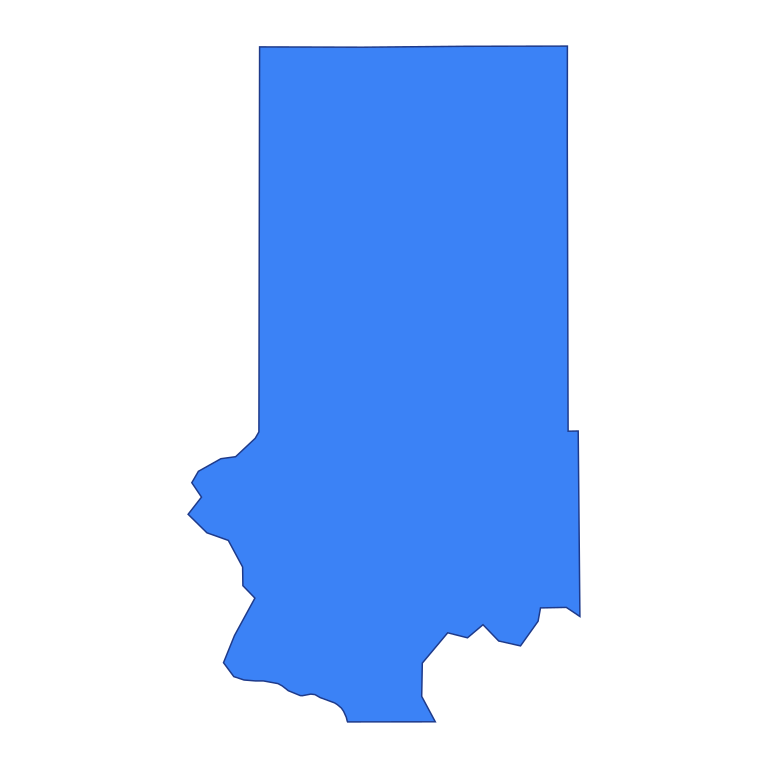 Trempealeau, Wisconsin, United States of America (Equal Earth projection)
{"feature_id": "52423323B76449700751591", "entity_name": "Trempealeau", "entity_type": "district", "adm_level": 2, "iso_a3": "USA", "parent_name": "United States of America", "parent_adm1": "Wisconsin", "projection": "equal_earth", "projection_center": [-91.426, 44.291], "detail": "fine", "context": "isolated", "style": "filled", "palette": "blue", "viewbox_px": 768, "rotation_deg": 0, "n_neighbors": 0, "source": "geoboundaries", "source_scale": "gbopen_adm2", "svg_char_len": 775}
<svg xmlns="http://www.w3.org/2000/svg" viewBox="0 0 768 768"><path d="M259.6,46.9L258.9,431.9L255.2,438.3L235.6,456.7L220.9,458.7L198.4,471.3L191.8,482.7L201.5,497.1L188.1,514.3L206.9,532.8L228.3,540.4L242.6,567.0L242.9,585.7L254.9,598.1L234.5,635.5L223.5,662.7L233.8,676.6L244.0,680.0L255.3,680.9L263.3,680.9L278.0,683.6L282.2,685.9L288.3,690.7L300.3,695.6L302.3,695.7L310.8,694.1L315.0,694.6L320.2,697.6L334.6,702.9L337.3,704.6L341.4,708.1L343.6,711.3L346.3,717.3L347.2,721.0L347.6,721.9L435.3,721.8L421.7,696.4L422.3,663.1L447.7,632.8L467.5,637.8L483.0,624.7L498.7,641.0L520.5,645.9L538.1,621.2L540.5,607.9L566.3,607.4L579.9,616.5L578.2,431.0L568.1,431.2L567.3,141.9L567.4,46.1L465.1,46.3L362.5,47.2L259.6,46.9Z" fill="#3b82f6" stroke="#1e3a8a" stroke-width="1.5"/></svg>